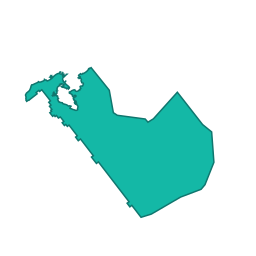 outline of 74, Al Khawr, Qatar, rotated 232°
{"feature_id": "91078587B87151067735171", "entity_name": "74", "entity_type": "district", "adm_level": 2, "iso_a3": "QAT", "parent_name": "Qatar", "parent_adm1": "Al Khawr", "projection": "equal_earth", "projection_center": [51.544, 25.65], "detail": "fine", "context": "isolated", "style": "filled", "palette": "teal", "viewbox_px": 256, "rotation_deg": 232, "n_neighbors": 0, "source": "geoboundaries", "source_scale": "gbopen_adm2", "svg_char_len": 5632}
<svg xmlns="http://www.w3.org/2000/svg" viewBox="0 0 256 256"><g transform="rotate(232 128 128)"><path d="M125.8,188.9L119.6,153.7L120.3,147.3L124.5,147.1L144.6,127.4L149.1,125.9L169.3,136.5L198.3,136.1L198.3,135.3L198.5,134.8L198.7,134.7L198.6,134.2L198.9,134.0L198.9,133.9L198.6,134.0L198.5,133.5L198.7,133.1L198.4,132.6L198.0,130.2L198.2,127.0L198.5,126.1L198.8,126.1L198.7,125.2L199.0,124.4L199.3,124.0L199.5,124.2L200.0,124.1L200.0,121.8L199.7,121.3L199.1,121.4L198.8,121.2L198.2,121.2L198.1,121.6L197.7,121.6L197.6,121.8L197.2,121.5L197.1,121.2L197.2,120.9L197.7,120.7L197.6,120.2L198.7,119.4L198.8,119.4L197.3,120.2L197.3,119.9L197.1,119.9L196.9,121.0L196.3,121.3L194.8,121.1L194.4,120.3L194.4,119.8L194.3,120.0L193.1,119.9L192.4,119.5L191.9,119.5L191.4,120.0L190.9,120.3L190.5,120.2L190.0,119.8L189.9,119.4L189.6,119.0L189.1,118.1L189.1,117.9L189.4,117.7L189.5,117.3L189.9,117.0L190.2,116.3L190.2,115.8L189.7,115.5L188.2,115.2L188.0,114.0L188.2,113.8L188.2,113.5L187.7,113.5L187.8,113.1L187.8,112.2L188.1,110.8L188.7,109.8L189.5,109.4L190.9,109.6L191.2,108.7L191.5,108.6L192.0,106.8L192.0,105.3L192.3,104.4L192.4,104.1L192.4,103.8L191.4,103.9L191.3,103.4L189.3,104.4L189.1,104.3L188.3,104.6L188.1,104.4L187.8,104.0L187.6,103.9L187.3,103.9L186.4,104.1L186.3,104.3L186.4,104.6L186.6,105.8L186.5,106.2L186.1,106.7L185.3,106.8L185.1,106.6L184.9,106.2L185.0,105.5L185.3,104.4L185.1,104.0L185.1,103.7L185.3,103.6L185.1,103.5L185.1,103.2L184.3,103.1L184.1,102.9L183.6,103.0L183.6,102.6L182.9,102.7L182.6,102.6L182.3,102.7L182.1,102.6L182.1,102.8L181.9,102.9L181.9,102.7L181.9,103.1L181.0,103.5L180.9,103.4L181.1,103.1L180.9,103.1L181.0,103.0L180.7,102.8L181.4,101.4L181.2,101.7L181.0,101.4L180.9,101.4L180.3,102.7L180.1,102.7L178.9,102.0L179.1,101.4L180.0,101.4L180.0,101.2L179.0,101.3L178.5,102.3L177.1,101.9L176.4,102.0L175.9,101.9L175.2,101.4L174.4,100.2L173.4,99.6L173.4,99.1L173.8,97.9L174.2,97.5L174.8,97.3L174.9,97.0L175.3,96.9L176.9,95.7L177.7,95.5L178.1,95.0L178.6,94.8L179.3,94.4L179.8,95.1L180.3,96.8L180.5,97.0L180.4,96.7L180.6,96.3L181.5,95.6L181.8,94.8L182.1,94.5L183.1,94.3L184.1,93.9L185.2,93.2L185.6,92.7L186.0,92.6L186.1,92.3L186.7,92.1L187.2,91.7L187.6,91.6L188.0,91.8L188.4,91.8L188.7,91.5L189.4,90.7L189.8,90.6L190.5,89.7L190.8,89.7L191.0,89.9L191.7,89.6L192.0,89.6L192.2,89.8L192.6,89.8L194.0,90.2L194.0,91.3L194.7,91.2L194.9,91.4L196.5,92.1L196.5,91.7L197.7,91.4L198.0,91.2L198.0,91.7L198.9,91.9L198.9,91.7L198.6,91.5L198.6,90.8L198.8,89.9L199.1,89.8L199.2,89.3L199.5,89.3L199.7,88.4L200.0,88.5L200.2,88.4L200.4,89.3L200.1,89.8L200.1,90.6L200.3,90.9L200.9,90.8L200.9,90.3L201.4,90.4L201.4,90.8L201.7,90.8L201.9,91.7L201.3,91.6L200.9,91.3L199.8,91.4L199.1,92.1L199.2,92.3L199.2,93.5L200.7,94.4L200.7,94.8L201.0,94.5L201.3,94.5L201.3,94.8L201.7,95.0L201.7,95.5L202.1,96.0L203.0,96.5L203.1,97.0L203.7,97.9L203.7,99.4L203.5,99.6L203.5,100.1L203.6,100.3L203.6,102.1L203.9,102.0L204.2,101.8L204.0,102.5L203.7,102.5L203.8,102.7L203.7,103.0L203.4,103.1L202.5,103.9L201.5,104.1L201.5,103.4L200.6,103.2L200.6,102.8L201.2,103.0L201.3,102.5L200.7,102.3L200.8,101.8L201.5,101.4L201.6,101.0L201.0,101.1L200.9,101.3L200.6,101.4L200.7,101.7L200.3,101.7L199.4,102.6L198.9,102.6L198.3,103.3L197.5,103.6L197.2,104.0L196.6,103.9L196.6,104.5L196.4,104.6L196.4,105.4L196.3,105.6L196.2,105.9L195.7,105.9L195.8,105.4L195.6,105.0L195.4,105.0L195.5,105.3L195.5,105.9L195.6,106.4L195.8,106.6L196.4,106.6L196.4,106.8L197.2,106.7L197.3,106.8L198.8,106.5L201.6,105.8L201.8,106.2L202.9,105.9L203.1,105.9L203.3,107.8L203.1,107.9L203.3,107.9L203.3,108.1L203.3,107.9L203.6,107.8L203.3,107.8L203.2,105.8L204.4,105.5L205.0,106.0L206.4,106.3L207.3,107.1L207.7,108.0L207.6,108.6L208.0,112.1L208.0,113.0L208.1,112.9L208.0,112.1L207.9,110.3L208.7,109.9L208.5,109.7L208.4,108.9L208.5,108.5L209.3,108.5L209.5,108.5L209.7,109.4L208.9,109.7L209.0,109.8L209.7,109.5L209.9,109.5L209.9,110.4L210.0,110.3L209.9,109.5L210.2,109.4L210.9,109.6L211.3,110.6L211.3,110.4L211.6,110.3L211.7,110.7L211.3,110.9L211.8,110.8L211.6,110.2L211.2,110.2L211.0,109.6L211.2,109.3L211.3,109.3L211.6,109.9L211.3,108.9L212.1,108.1L213.4,107.3L214.0,108.9L214.0,109.0L213.4,109.4L213.4,109.5L213.5,109.5L214.0,109.1L214.2,109.6L213.5,107.3L214.2,105.9L214.4,104.7L214.5,103.5L214.4,100.8L214.6,100.7L214.6,99.9L214.7,99.7L216.1,99.4L216.2,99.6L216.3,99.3L216.5,99.3L216.7,99.7L216.5,99.8L216.8,99.7L216.7,99.2L214.2,99.8L214.0,98.4L214.2,98.2L215.9,97.9L216.1,98.0L216.2,97.9L216.2,97.7L216.0,97.8L214.2,98.1L214.0,97.1L214.1,96.1L214.4,94.6L214.7,93.5L215.1,93.4L215.5,93.0L216.1,93.1L216.5,92.7L216.9,92.3L217.1,91.9L218.5,92.4L217.1,91.8L217.1,91.0L217.3,89.9L217.6,88.9L217.9,89.0L217.6,88.8L217.7,88.6L217.9,88.2L218.2,88.4L217.8,88.2L218.0,87.6L218.4,86.7L218.9,86.1L219.5,85.6L220.1,86.6L219.5,85.6L219.5,85.3L219.5,84.8L220.3,81.7L220.7,79.8L220.8,79.5L221.1,79.1L221.3,78.6L220.7,77.6L220.7,77.3L220.5,77.1L220.2,76.9L218.9,74.9L218.4,73.9L218.2,73.4L218.1,72.2L218.0,69.4L217.1,67.5L215.1,66.7L214.3,65.8L213.4,65.3L212.5,64.6L211.6,64.7L211.4,64.6L211.3,65.1L211.3,66.4L210.8,67.0L210.9,67.5L210.9,68.3L210.9,77.4L212.5,77.4L212.5,80.9L211.2,80.9L211.2,83.6L197.1,83.6L197.1,81.4L193.5,81.4L193.5,79.5L189.6,79.5L189.6,78.1L188.2,78.1L188.2,75.8L183.6,75.8L183.6,77.6L181.9,77.6L181.9,79.3L178.7,79.3L178.3,81.5L172.7,81.5L172.7,79.4L169.1,79.4L169.1,81.2L166.6,81.2L166.6,83.3L153.1,83.2L153.1,81.1L148.6,81.0L148.6,83.8L127.5,83.6L127.6,81.3L119.5,81.3L119.5,83.8L69.2,83.4L69.3,81.0L64.7,80.9L64.7,83.4L49.6,83.3L45.8,93.4L41.2,126.9L34.7,147.9L35.9,153.7L48.1,174.6L73.4,191.5L84.8,188.9L125.8,188.9Z" fill="#14b8a6" stroke="#0f766e" stroke-width="1.5"/></g></svg>